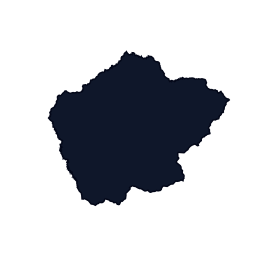 the district of Mae Charim, Nan, Thailand, rotated 36°
{"feature_id": "78962969B26100393225543", "entity_name": "Mae Charim", "entity_type": "district", "adm_level": 2, "iso_a3": "THA", "parent_name": "Thailand", "parent_adm1": "Nan", "projection": "orthographic", "projection_center": [101.038, 18.711], "detail": "fine", "context": "isolated", "style": "filled", "palette": "ink", "viewbox_px": 256, "rotation_deg": 36, "n_neighbors": 0, "source": "geoboundaries", "source_scale": "gbopen_adm2", "svg_char_len": 5753}
<svg xmlns="http://www.w3.org/2000/svg" viewBox="0 0 256 256"><g transform="rotate(36 128 128)"><path d="M161.8,43.6L159.2,44.6L158.2,45.4L158.0,45.9L156.1,46.8L155.8,47.5L154.5,48.1L153.9,49.0L152.1,49.1L150.3,50.0L149.9,50.6L148.7,51.3L147.6,53.1L146.4,53.2L145.4,54.1L144.8,55.2L143.9,55.0L143.4,55.3L142.9,55.1L142.4,55.2L142.2,55.9L142.8,56.4L142.2,56.5L142.0,57.0L141.0,57.0L141.3,58.1L140.8,58.6L140.2,58.6L140.3,59.6L139.7,59.8L139.8,60.2L139.2,60.8L138.6,61.0L138.7,61.9L138.2,62.0L138.4,62.9L137.8,62.8L136.8,63.6L135.7,63.8L135.1,64.3L135.6,65.0L134.6,65.2L134.4,65.8L133.4,65.4L132.1,64.4L129.7,64.9L127.3,64.7L125.7,64.0L125.6,62.9L122.7,61.7L121.8,61.4L120.0,61.6L119.2,60.4L118.3,60.0L117.1,58.7L116.0,58.3L115.4,57.2L114.4,56.8L113.3,56.9L112.2,57.7L110.6,58.1L109.2,57.9L107.5,56.6L106.7,56.8L105.6,56.5L104.6,56.6L103.7,57.3L102.2,57.7L103.1,58.8L102.8,59.2L102.3,59.2L101.6,59.7L102.0,61.2L100.7,61.4L99.8,62.9L98.5,62.7L97.8,62.9L96.7,62.3L96.8,63.0L96.4,63.5L95.1,63.4L94.8,64.1L94.3,63.8L93.4,63.6L92.9,64.2L91.8,64.2L91.3,65.2L90.3,64.7L89.5,63.9L88.1,64.0L87.2,64.6L87.9,65.3L88.2,66.2L87.0,66.4L86.5,67.7L85.7,68.2L83.7,67.9L81.8,67.2L81.9,68.3L81.5,68.6L81.3,69.9L82.2,72.2L81.6,72.7L81.7,73.5L81.1,74.0L81.4,75.4L82.4,76.4L82.5,78.1L81.5,79.2L82.2,80.7L81.9,81.0L82.2,81.6L82.1,82.8L81.2,83.1L81.7,83.8L81.1,84.3L81.3,85.2L80.8,85.3L80.8,85.7L80.3,86.0L80.2,86.8L79.6,87.1L78.8,86.6L78.2,87.1L78.4,87.6L79.3,88.3L79.7,89.0L78.6,89.2L78.6,89.6L78.3,89.7L78.5,91.9L77.5,93.0L77.8,93.5L75.2,94.3L76.0,96.3L75.8,97.2L74.5,97.8L72.9,100.4L72.7,102.4L73.1,102.9L73.1,103.9L72.5,105.0L72.6,107.4L72.0,108.6L71.1,109.0L70.8,110.5L69.9,110.9L70.0,111.8L70.7,113.1L70.8,115.0L69.7,115.9L69.8,117.1L69.2,117.8L68.2,118.0L66.6,119.7L66.9,121.1L68.0,121.6L68.1,122.1L68.5,122.3L69.0,123.5L68.9,124.0L69.4,124.6L69.0,125.3L69.3,125.7L68.1,127.7L67.1,128.5L65.5,128.9L65.3,130.1L64.5,130.4L63.8,131.4L62.8,131.6L60.8,134.1L57.2,134.7L56.3,134.4L55.3,135.1L55.3,137.0L54.9,138.0L54.8,140.7L54.3,141.7L53.2,141.9L52.6,142.7L52.7,143.4L52.5,143.9L53.1,144.9L54.4,146.2L54.5,148.6L55.4,149.5L55.5,150.4L56.0,151.0L55.6,152.4L56.2,154.1L54.8,157.4L55.0,158.4L55.9,159.8L55.6,161.2L56.5,162.0L57.2,162.1L57.7,162.9L57.4,163.5L58.4,164.4L57.9,165.4L57.9,166.6L60.7,167.3L63.6,167.2L64.0,167.8L64.0,168.4L65.1,168.6L65.4,169.5L66.6,170.5L66.6,170.8L67.0,170.8L67.1,171.1L67.5,170.8L68.3,171.0L69.0,171.4L69.5,172.4L70.5,171.9L70.8,172.8L71.4,172.7L71.5,173.0L71.8,173.0L72.7,173.5L73.0,174.1L73.4,174.0L73.4,174.6L74.7,174.4L77.1,176.9L77.9,176.7L78.7,177.4L79.2,177.3L79.2,176.8L80.8,177.1L82.4,176.7L82.7,177.1L82.6,177.9L83.8,179.7L82.8,181.1L83.7,181.7L83.8,182.1L85.2,182.2L84.6,182.7L85.1,183.2L85.4,182.9L85.7,183.0L85.7,183.7L85.3,184.1L85.7,184.1L86.2,184.8L85.7,185.5L85.9,186.1L86.2,186.1L86.9,185.2L87.2,185.1L87.4,185.5L87.2,186.6L88.3,186.5L88.5,187.6L90.5,188.3L91.0,188.8L91.6,188.8L91.8,189.4L93.2,190.1L93.6,190.8L94.0,190.0L94.6,190.4L95.1,190.1L96.2,190.2L96.5,189.5L97.8,188.9L98.6,189.7L98.3,190.0L98.7,191.4L99.1,191.0L99.6,190.9L99.6,190.2L100.1,190.7L99.4,191.9L100.2,192.8L100.2,193.4L101.9,194.0L101.3,194.9L101.8,195.4L102.6,195.2L102.8,195.7L103.0,195.1L103.8,195.2L103.7,196.5L104.7,197.1L105.2,196.7L106.0,196.6L105.9,197.1L106.5,197.2L107.1,197.8L107.3,196.9L108.0,197.4L108.1,196.7L108.4,196.6L108.5,197.0L108.9,197.1L108.7,197.4L109.4,197.7L109.2,198.2L109.8,197.9L110.8,198.4L112.1,199.3L112.1,199.7L112.4,199.4L112.7,199.9L113.3,199.6L113.4,200.2L113.8,200.0L114.2,200.2L114.9,199.7L115.0,200.3L115.3,200.0L115.6,200.4L116.3,200.1L115.9,200.5L116.5,200.5L116.4,200.9L116.9,201.0L117.1,200.6L117.8,200.8L118.0,201.2L118.6,201.3L118.4,201.8L119.6,203.3L121.0,204.1L120.9,204.7L121.9,204.9L121.9,205.9L123.1,206.2L123.2,206.5L124.2,206.8L125.3,207.5L126.7,207.8L128.1,207.8L130.2,209.6L132.5,212.4L133.7,211.7L134.3,210.7L134.9,210.5L138.8,210.0L142.8,211.1L144.9,210.0L147.0,209.7L147.7,207.2L148.5,206.3L148.5,205.0L150.3,204.0L151.2,203.1L151.6,201.6L151.1,199.3L151.3,198.6L154.9,197.3L156.5,197.6L158.9,196.5L160.5,196.7L162.0,195.3L162.7,195.3L164.1,196.0L165.6,195.3L165.9,194.8L165.3,191.6L165.5,191.2L166.4,190.6L166.8,187.8L167.4,187.0L167.4,186.5L165.6,183.2L164.6,182.8L165.5,176.3L165.2,175.8L164.4,175.5L164.3,175.1L165.4,172.1L167.1,171.6L168.7,170.8L170.6,170.7L173.0,170.2L174.3,169.3L178.3,169.1L178.9,168.8L180.8,166.6L182.7,167.0L183.6,166.9L184.2,166.5L185.2,164.9L187.0,163.4L187.7,161.9L189.3,161.1L190.8,159.5L191.0,158.3L190.4,156.7L190.4,154.6L191.1,153.8L194.0,152.2L195.5,148.3L197.3,146.8L197.7,142.9L199.0,142.3L200.6,140.7L201.4,138.9L203.5,138.3L202.7,137.0L202.8,135.8L202.1,135.1L201.5,133.8L200.2,133.0L198.9,133.0L198.4,132.7L197.0,130.4L195.3,130.3L193.7,128.4L192.5,127.8L187.4,127.5L186.7,126.1L186.9,122.9L186.5,122.4L185.4,122.2L182.9,119.0L183.2,118.0L187.8,115.1L188.0,114.7L188.3,112.7L189.1,110.3L188.8,108.4L189.1,106.1L189.9,104.1L191.3,101.9L192.1,101.5L194.5,101.5L195.2,100.7L193.6,99.4L193.6,98.9L194.3,98.1L194.1,97.0L194.7,95.2L193.8,94.0L193.5,92.6L194.2,90.8L194.9,90.1L194.9,88.5L195.5,87.8L195.7,86.7L197.5,84.5L197.4,84.1L195.9,83.1L194.9,81.6L193.3,80.9L192.8,79.8L192.9,77.1L192.4,76.9L192.0,76.0L192.1,71.6L192.6,70.9L194.1,69.9L194.3,69.1L195.9,67.2L194.8,64.3L195.3,63.3L195.4,62.3L194.7,60.7L195.7,59.7L195.8,59.1L194.9,58.2L194.6,56.3L193.4,54.2L193.3,51.1L192.3,50.1L192.6,47.8L193.2,47.0L193.4,45.8L192.4,45.5L190.9,46.2L190.2,46.2L189.2,46.6L188.0,46.0L186.9,45.9L184.4,44.6L183.1,44.5L181.7,43.8L181.4,44.2L181.3,45.4L180.5,46.6L179.8,46.6L178.1,45.5L177.2,46.0L176.2,45.9L175.2,47.1L173.4,47.6L171.7,48.8L168.8,49.1L167.6,48.4L165.8,47.9L165.3,47.0L164.9,45.3L162.5,43.7L161.8,43.6Z" fill="#0f172a" stroke="#020617" stroke-width="1.5"/></g></svg>